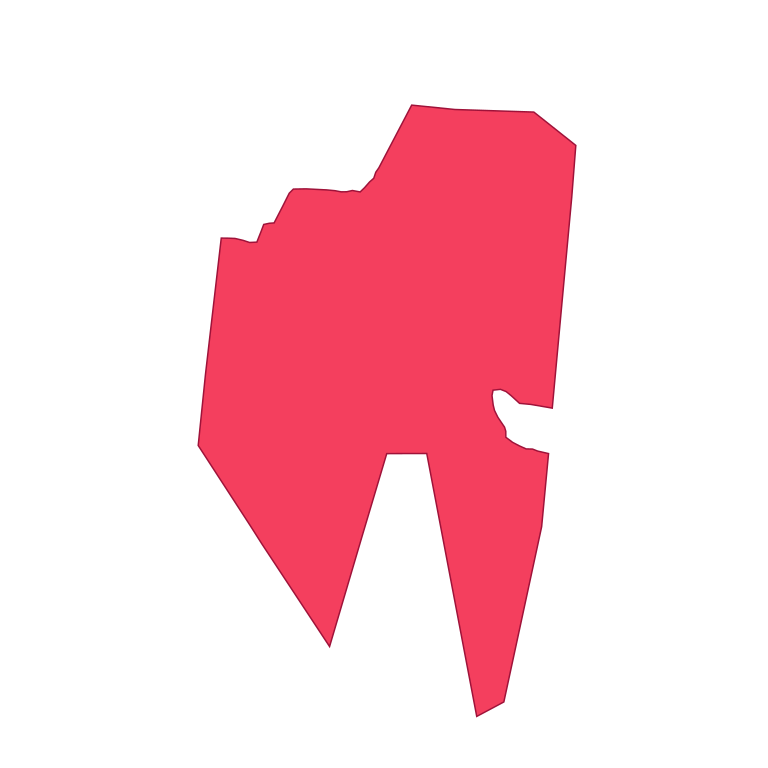 the district of Socorro do Piauí, Piauí, Brazil, rotated 194°
{"feature_id": "56859067B27559858306193", "entity_name": "Socorro do Piauí", "entity_type": "district", "adm_level": 2, "iso_a3": "BRA", "parent_name": "Brazil", "parent_adm1": "Piauí", "projection": "orthographic", "projection_center": [-42.476, -7.881], "detail": "fine", "context": "isolated", "style": "filled", "palette": "rose", "viewbox_px": 768, "rotation_deg": 194, "n_neighbors": 0, "source": "geoboundaries", "source_scale": "gbopen_adm2", "svg_char_len": 974}
<svg xmlns="http://www.w3.org/2000/svg" viewBox="0 0 768 768"><g transform="rotate(194 384 384)"><path d="M463.5,199.0L373.3,116.1L368.4,231.5L364.5,317.1L348.8,321.1L325.7,326.9L213.6,83.9L190.8,104.5L192.5,158.2L196.5,283.6L207.5,356.3L218.8,356.1L224.1,356.8L230.4,355.4L238.1,356.8L245.1,358.5L252.9,361.8L254.4,367.6L256.6,371.3L261.3,375.5L265.5,379.3L270.4,385.1L273.0,390.1L276.4,398.9L276.7,404.4L269.7,407.0L263.7,406.2L257.9,403.5L247.8,398.0L241.3,399.0L236.7,399.7L214.9,401.3L231.9,512.0L247.0,610.6L255.6,661.9L304.4,684.1L381.6,667.5L424.6,661.3L441.3,592.5L443.2,587.5L443.7,581.2L446.9,576.5L450.4,569.7L453.6,564.6L461.5,564.1L466.7,561.5L472.0,560.1L478.4,559.7L486.4,558.5L506.8,554.5L519.1,551.2L522.1,546.2L525.4,531.5L529.6,513.7L534.2,512.2L539.3,509.7L540.1,502.8L541.7,490.9L548.7,488.8L555.4,489.3L563.7,489.2L570.0,487.9L577.2,486.2L559.6,350.5L549.4,279.4L479.5,214.2L463.5,199.0Z" fill="#f43f5e" stroke="#9f1239" stroke-width="1.5"/></g></svg>